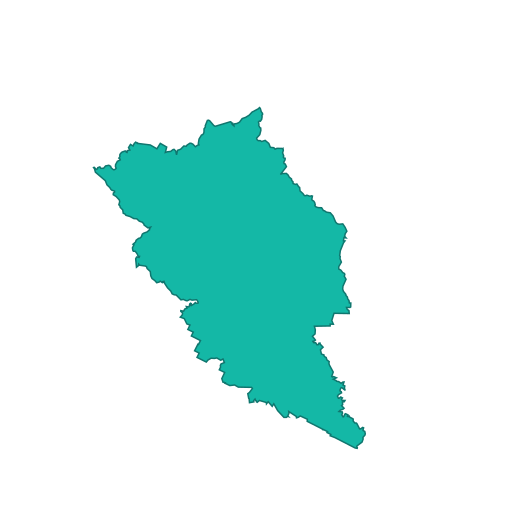 Adelaide Hills, South Australia, Australia, rotated 300°
{"feature_id": "25037944B81795940513405", "entity_name": "Adelaide Hills", "entity_type": "district", "adm_level": 2, "iso_a3": "AUS", "parent_name": "Australia", "parent_adm1": "South Australia", "projection": "albers", "projection_center": [138.799, -34.901], "detail": "fine", "context": "isolated", "style": "filled", "palette": "teal", "viewbox_px": 512, "rotation_deg": 300, "n_neighbors": 0, "source": "geoboundaries", "source_scale": "gbopen_adm2", "svg_char_len": 6112}
<svg xmlns="http://www.w3.org/2000/svg" viewBox="0 0 512 512"><g transform="rotate(300 256 256)"><path d="M204.7,143.6L204.7,144.7L201.3,144.9L199.4,146.4L198.8,147.4L199.7,149.1L198.5,151.9L196.8,154.2L197.4,155.3L196.3,155.5L195.4,153.1L193.4,153.2L186.5,158.1L189.1,159.1L190.3,158.5L189.9,160.0L192.0,165.3L192.0,166.5L190.7,168.0L189.7,172.2L186.2,174.8L184.5,177.2L184.1,180.7L183.2,183.4L185.2,185.3L186.3,185.6L186.1,188.3L186.7,188.8L187.2,188.1L188.1,189.0L186.6,190.6L184.2,195.3L183.0,199.8L181.3,202.3L181.5,204.5L182.3,206.4L180.5,212.9L182.1,214.8L182.4,217.9L182.9,218.9L185.4,220.5L185.8,222.7L188.4,226.3L188.2,227.1L187.1,229.0L186.1,229.3L185.1,227.6L185.3,226.7L183.5,226.3L180.5,224.6L180.6,224.2L182.4,223.7L182.4,222.9L181.4,222.6L178.7,223.4L178.2,223.0L177.4,220.9L176.3,222.3L174.5,220.8L172.0,220.9L171.1,218.2L170.4,218.6L170.1,220.5L169.4,221.2L167.8,221.6L165.2,221.0L165.9,225.2L162.6,230.1L163.2,233.3L158.3,233.7L158.7,239.7L154.4,240.0L155.0,250.2L150.6,250.4L150.6,249.8L143.2,250.2L143.5,255.3L138.7,255.6L139.3,266.0L141.8,266.4L145.0,268.2L146.5,271.2L148.1,273.0L148.1,277.6L150.3,278.9L147.9,281.9L145.1,279.7L143.5,279.8L142.0,280.9L139.1,281.1L139.5,287.1L132.7,287.7L130.2,290.5L130.7,291.6L130.3,292.2L130.8,292.8L130.3,292.9L130.7,298.1L133.6,302.0L133.6,306.2L140.0,317.8L139.5,319.1L138.9,319.1L134.4,318.5L132.7,317.7L129.1,320.8L129.0,321.4L125.7,323.7L128.6,327.1L129.6,326.3L131.6,326.7L130.8,327.7L130.7,328.8L130.0,329.1L129.9,330.2L132.6,331.2L134.3,338.2L133.2,339.0L135.9,339.4L133.9,345.2L136.9,345.3L132.9,352.1L130.2,360.9L131.4,363.0L133.1,363.7L133.2,364.3L133.5,363.5L136.2,363.2L137.7,362.1L137.2,371.1L136.1,372.0L137.5,373.3L139.6,374.3L140.3,382.1L138.4,383.0L139.3,399.3L139.0,400.8L139.4,400.8L139.7,405.8L138.6,405.8L138.9,410.0L137.4,410.1L138.2,415.1L139.3,437.8L140.0,439.8L140.7,439.6L141.2,438.6L142.0,438.4L147.9,440.9L151.0,440.3L152.4,439.3L155.4,439.9L156.7,439.5L158.5,437.9L158.4,436.1L158.7,435.7L161.0,435.1L160.9,434.1L158.6,433.0L158.1,432.1L161.3,427.2L161.5,426.4L160.8,425.1L161.7,422.6L163.4,421.7L163.5,421.2L163.3,417.8L164.0,416.6L163.0,416.2L162.8,415.4L164.4,415.1L164.2,412.4L163.5,412.0L160.6,412.3L160.2,411.8L161.3,409.7L163.0,409.6L164.1,408.7L162.8,405.6L164.6,406.1L166.7,407.9L168.2,408.4L169.2,404.9L170.6,405.4L172.7,403.8L173.9,405.3L175.4,405.3L174.2,403.2L174.2,402.3L174.7,401.6L176.3,401.8L176.3,399.9L174.3,399.1L174.0,398.5L175.4,396.6L177.2,396.8L180.3,398.5L181.1,397.7L181.2,396.2L182.5,395.6L184.6,395.6L184.9,396.5L184.3,399.7L184.6,400.0L185.8,398.6L187.9,397.9L187.8,395.8L190.9,395.2L190.3,394.3L188.3,393.3L188.6,390.5L187.8,388.4L188.2,387.6L187.9,384.5L190.7,386.5L190.4,383.5L189.4,382.6L189.5,381.8L194.1,380.9L198.4,373.9L199.7,372.7L201.1,372.2L201.5,369.3L203.2,367.5L203.1,365.9L203.7,364.6L204.3,364.3L203.8,361.7L207.0,358.7L210.6,359.7L211.8,355.6L212.6,355.0L212.0,354.1L210.4,354.3L209.6,353.2L210.7,351.1L209.8,349.3L210.5,347.9L211.8,349.2L212.9,349.5L214.7,345.0L218.0,346.1L221.7,344.3L224.4,341.7L232.5,355.2L234.1,354.3L235.6,357.1L238.0,353.9L245.4,352.2L252.8,365.5L255.2,363.8L255.4,361.7L256.7,360.1L258.4,363.1L259.2,363.5L262.7,361.6L262.0,360.4L263.9,358.8L264.7,356.9L266.2,355.6L266.8,353.6L267.7,353.0L269.1,349.4L270.7,347.6L273.3,346.4L280.9,345.6L282.6,342.6L284.5,342.1L285.1,341.3L285.0,339.4L286.2,336.5L286.1,334.2L288.1,333.0L293.4,333.0L295.8,330.0L297.7,329.2L298.1,328.3L302.7,326.4L311.1,325.2L313.5,325.5L312.9,324.1L315.9,323.0L316.7,324.9L317.4,322.9L320.0,322.1L322.9,322.3L325.4,318.8L327.2,315.1L325.0,312.0L324.6,310.0L325.2,308.0L329.2,302.7L330.6,298.7L329.2,295.1L329.4,292.9L329.1,291.6L330.6,288.7L329.0,285.7L328.5,283.6L329.0,281.8L330.1,281.6L331.7,280.0L332.4,278.5L332.4,276.8L333.0,276.0L336.1,274.9L335.9,274.0L334.7,272.8L334.1,269.6L333.2,269.1L332.5,267.7L333.5,265.5L334.4,261.6L337.2,259.5L337.3,258.3L338.8,255.4L337.7,254.3L337.3,251.9L338.8,250.9L339.3,249.1L340.5,248.2L340.9,245.4L342.2,243.3L342.7,241.0L340.2,237.1L338.8,236.4L348.6,237.7L350.3,235.3L350.1,234.1L351.3,233.1L353.7,233.1L355.2,232.4L354.8,231.3L355.3,230.2L356.5,230.0L358.6,227.5L361.2,226.8L362.5,225.7L362.0,225.6L362.2,224.8L359.7,220.3L358.1,219.1L358.7,217.3L357.3,214.1L359.9,210.8L360.7,206.1L358.0,203.7L358.0,201.9L357.0,200.3L357.3,198.6L358.4,197.6L363.0,198.6L367.2,197.4L369.2,196.1L369.1,195.2L370.4,193.1L371.7,192.6L373.3,191.1L374.6,191.5L374.9,192.4L377.1,192.6L379.6,191.7L380.7,190.7L381.7,191.0L382.8,190.3L383.6,188.4L386.0,185.9L386.3,184.8L384.7,184.4L378.6,180.6L374.6,179.7L370.9,177.7L368.1,175.3L363.6,174.8L361.2,173.2L359.2,170.7L357.7,171.8L358.1,169.5L359.3,169.1L358.9,168.4L359.6,167.2L359.4,166.6L347.9,155.8L347.9,154.2L350.0,148.2L349.9,147.0L349.1,146.1L343.5,146.9L342.2,147.7L340.2,147.4L337.1,149.1L335.5,149.3L334.4,149.1L333.5,148.3L328.8,148.2L324.6,149.8L323.7,151.0L322.9,150.1L320.3,148.8L321.3,145.5L321.2,143.5L320.7,142.4L317.5,140.8L316.1,140.7L315.2,138.5L310.7,137.3L308.3,135.2L303.9,136.6L306.8,133.9L307.4,131.7L306.6,130.9L303.9,129.8L302.1,127.3L300.3,125.7L305.7,124.2L305.7,116.8L299.3,116.6L299.3,108.9L294.5,97.6L294.7,97.0L294.2,96.9L294.5,94.9L292.6,94.3L289.8,94.5L289.9,91.5L286.1,91.4L284.7,93.8L283.0,92.0L281.2,92.6L281.0,91.8L281.7,90.9L281.6,90.2L279.0,88.0L277.0,87.4L275.4,87.5L274.0,88.5L272.2,88.3L272.0,89.8L271.4,90.4L268.7,88.6L264.9,88.7L263.1,89.6L262.1,91.0L260.9,90.8L259.6,89.9L259.5,88.8L260.0,86.4L261.0,85.3L261.0,83.2L258.8,80.7L255.7,80.1L254.3,77.7L255.1,76.2L253.4,74.8L252.3,75.1L251.2,74.4L251.9,71.5L251.4,71.1L250.7,72.6L248.3,75.0L245.9,87.8L243.1,91.4L242.2,95.1L241.2,96.9L240.9,98.1L241.5,101.0L240.6,101.6L239.2,101.0L237.7,101.7L237.6,105.1L236.2,109.6L234.9,110.8L231.8,111.6L231.3,113.2L230.2,114.1L229.3,117.5L226.6,119.7L226.9,121.3L226.2,123.0L227.2,127.2L227.3,131.5L228.6,134.1L227.8,137.5L228.4,140.6L227.6,143.0L226.9,143.5L226.3,148.3L228.3,150.3L226.0,150.2L225.5,150.7L222.3,149.6L219.6,147.3L218.1,146.6L215.5,147.1L213.7,146.7L212.6,145.5L209.7,144.3L207.8,144.7L204.7,143.6Z" fill="#14b8a6" stroke="#0f766e" stroke-width="1.5"/></g></svg>